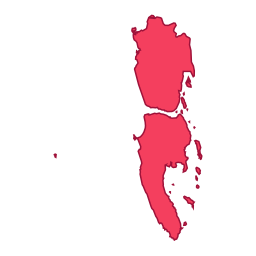 outline of Ko Lanta, Krabi, Thailand
{"feature_id": "78962969B16427813486063", "entity_name": "Ko Lanta", "entity_type": "district", "adm_level": 2, "iso_a3": "THA", "parent_name": "Thailand", "parent_adm1": "Krabi", "projection": "robinson", "projection_center": [99.092, 7.662], "detail": "fine", "context": "isolated", "style": "filled", "palette": "rose", "viewbox_px": 256, "rotation_deg": 0, "n_neighbors": 0, "source": "geoboundaries", "source_scale": "gbopen_adm2", "svg_char_len": 5985}
<svg xmlns="http://www.w3.org/2000/svg" viewBox="0 0 256 256"><path d="M156.9,17.0L155.0,18.4L148.7,17.8L147.2,21.7L147.7,23.5L146.5,28.6L142.7,30.8L141.4,30.2L139.2,31.8L138.3,31.7L136.8,33.3L137.3,31.9L136.6,31.9L136.1,32.4L135.6,34.6L133.8,34.2L133.2,34.8L133.5,37.8L134.2,39.8L136.0,41.2L137.0,42.7L138.0,47.3L138.7,48.4L139.6,48.5L140.4,50.1L138.9,50.5L139.0,51.8L138.7,52.7L137.9,53.9L136.9,54.5L136.3,56.2L135.8,56.7L135.6,59.2L137.0,59.9L137.9,62.6L137.9,63.3L136.3,65.5L135.6,67.3L134.8,68.1L134.6,69.2L138.6,84.5L145.5,104.4L147.1,105.8L149.5,106.6L150.7,107.7L152.8,107.5L155.6,107.8L157.3,107.4L158.7,109.1L160.0,109.0L161.9,109.9L164.5,110.1L164.7,110.8L166.4,111.0L167.2,111.6L171.9,111.5L173.8,110.7L176.3,108.4L179.1,102.2L179.8,98.1L179.8,97.5L179.3,97.2L179.5,95.7L180.0,94.8L179.2,93.2L178.7,90.6L180.8,91.1L181.3,89.4L181.6,85.4L181.3,82.7L181.7,82.5L182.5,79.9L183.3,76.1L182.8,74.4L183.3,71.4L190.6,71.4L193.2,76.6L193.8,75.9L194.2,75.9L194.3,70.8L193.4,66.1L191.4,62.0L190.9,50.5L189.5,44.8L190.1,39.0L189.5,38.0L186.4,36.4L184.9,33.8L184.1,33.4L183.2,33.5L180.8,35.6L178.6,36.0L177.1,37.0L176.1,36.9L175.7,36.0L176.3,33.6L174.1,31.8L173.6,30.7L174.3,28.2L176.1,25.4L175.2,23.3L173.8,23.0L168.4,25.4L165.0,25.3L163.3,23.7L161.5,18.3L160.4,17.7L156.9,17.0ZM160.8,113.9L159.3,113.1L156.5,113.7L154.6,113.3L149.7,114.9L148.4,114.8L148.2,114.6L148.6,114.0L148.2,113.9L144.8,114.9L144.1,116.8L145.2,122.1L145.5,125.7L145.3,128.0L144.1,131.7L142.7,134.3L140.4,136.9L136.9,138.2L135.3,136.9L133.5,134.4L134.2,136.0L133.8,138.6L134.3,138.7L134.9,139.8L135.3,139.3L135.0,138.6L135.6,138.2L137.9,139.1L140.7,146.5L140.5,149.0L139.9,149.5L139.3,149.4L138.2,151.2L141.4,161.1L141.8,163.4L140.4,167.2L140.7,169.0L140.5,169.6L140.0,169.7L140.4,172.0L140.1,174.1L142.3,184.7L143.3,186.3L145.7,192.2L147.1,194.2L151.1,206.6L151.9,208.5L153.4,210.0L155.8,216.2L157.2,218.4L158.6,222.4L159.7,223.7L160.7,222.9L161.8,223.4L163.1,226.2L163.4,228.2L164.3,228.0L164.7,228.4L164.8,229.8L166.0,229.3L167.2,230.5L167.2,231.4L169.1,231.9L170.3,235.0L169.8,236.6L170.9,236.8L171.6,237.8L172.9,237.9L173.2,238.8L174.2,239.2L174.4,240.6L174.8,239.4L176.6,239.1L177.8,236.7L178.2,233.8L179.0,233.6L180.1,232.0L179.8,231.2L180.5,230.1L180.2,228.8L180.8,228.0L180.5,223.7L178.5,218.3L176.8,215.8L176.7,213.4L175.5,211.1L175.8,210.6L175.7,209.5L174.7,208.5L174.7,207.9L173.8,207.7L173.7,206.7L172.6,206.1L172.6,205.3L173.2,204.4L173.0,203.7L171.6,202.1L170.3,201.5L170.1,200.2L168.9,198.7L168.5,197.1L168.8,196.4L167.6,195.9L165.3,193.2L163.1,185.5L163.3,184.9L162.9,180.0L163.7,178.2L163.1,177.9L163.2,175.4L165.4,169.8L165.2,165.1L166.1,164.7L165.9,165.0L166.6,165.7L169.4,166.8L170.9,164.2L170.8,162.2L171.7,162.5L171.4,165.0L171.6,165.9L172.2,166.9L173.3,167.5L175.9,167.1L176.5,165.5L175.6,163.8L176.2,162.7L178.1,162.3L181.4,162.8L182.1,164.0L183.7,164.4L184.2,165.4L184.2,167.7L183.3,169.8L183.6,170.1L183.3,172.0L185.6,171.0L187.3,168.1L185.8,162.1L186.1,160.7L186.8,160.2L187.5,158.9L187.9,158.8L188.0,158.2L187.7,157.4L186.5,157.4L185.5,156.2L185.0,154.7L185.2,153.3L184.9,152.8L185.4,152.0L184.6,151.7L184.2,149.6L185.1,148.9L184.7,147.5L185.3,147.3L187.0,145.2L189.2,144.0L190.1,140.9L190.7,140.5L190.3,138.6L190.8,135.5L190.0,133.6L189.9,131.8L188.8,130.8L186.9,126.8L186.9,125.0L185.5,121.7L183.7,119.2L183.4,117.9L180.5,114.3L179.8,114.2L178.2,115.1L178.0,116.0L176.3,117.9L171.9,118.2L170.1,117.7L170.2,116.4L169.7,117.5L166.4,115.3L163.2,114.2L160.8,113.9ZM195.9,140.4L194.8,140.9L195.7,142.3L195.7,143.2L196.3,143.5L196.1,143.9L196.6,144.3L197.4,149.0L198.1,150.8L198.4,150.9L197.9,151.8L198.4,152.5L198.4,153.5L198.0,154.1L198.5,154.3L198.1,155.0L198.4,155.2L200.1,153.1L199.8,150.5L200.7,147.5L198.8,141.6L195.9,140.4ZM187.7,197.9L184.6,196.3L183.9,196.7L184.0,197.8L187.5,201.0L187.5,201.7L188.3,203.1L190.3,203.3L192.2,204.7L192.3,206.8L192.7,206.8L193.2,207.8L193.3,205.6L192.9,204.1L194.2,202.1L193.4,201.9L192.6,200.6L191.4,200.2L188.9,197.6L187.7,197.9ZM185.0,108.2L186.1,106.6L186.2,105.7L185.4,104.1L185.4,103.1L184.7,102.4L184.0,99.6L182.5,97.5L182.0,97.4L181.5,98.5L182.2,102.9L183.0,103.5L184.1,107.9L185.0,108.2ZM199.1,168.6L196.8,167.4L196.0,168.1L196.6,171.1L199.1,174.3L200.2,173.2L199.9,172.2L200.3,170.7L199.1,168.6ZM191.0,87.1L191.0,86.0L190.4,84.4L187.6,81.6L186.5,83.5L187.1,85.9L188.5,86.7L191.0,87.1ZM135.7,28.2L135.1,27.7L134.6,28.2L132.4,28.4L131.9,30.2L132.1,31.3L135.5,30.5L135.9,29.9L135.7,28.2ZM201.7,155.7L200.1,153.3L200.0,154.1L200.3,154.6L199.4,155.1L199.7,156.2L199.1,156.7L199.5,157.3L199.3,157.9L200.0,157.7L200.5,159.2L201.3,158.8L201.2,157.8L201.7,157.0L201.7,155.7ZM154.9,17.6L153.3,15.7L151.7,15.4L149.5,17.0L151.5,17.7L154.9,17.6ZM190.3,81.9L190.2,80.9L188.4,77.3L188.0,78.5L188.2,80.3L189.4,81.6L190.3,81.9ZM185.6,225.1L186.4,224.0L185.6,222.2L184.4,222.6L183.8,225.3L185.6,225.1ZM198.0,188.1L198.7,187.6L198.9,186.7L198.5,185.9L197.3,185.1L196.7,185.6L196.5,187.0L197.0,187.8L198.0,188.1ZM197.1,180.2L197.4,178.6L195.9,175.6L196.0,178.6L196.4,179.8L197.1,180.2ZM133.8,33.9L135.3,33.7L135.4,32.7L134.9,31.7L134.0,31.3L133.4,33.3L133.8,33.9ZM55.1,154.1L54.3,154.8L55.0,155.5L55.0,156.8L55.8,157.3L56.1,154.5L55.1,154.1ZM137.3,53.3L137.9,52.8L137.7,51.7L136.7,50.9L136.5,52.8L137.3,53.3ZM182.3,113.2L182.0,110.5L181.5,110.3L181.1,111.2L181.3,112.7L182.3,113.2ZM183.8,94.9L184.2,94.4L184.0,93.0L183.3,93.8L183.8,94.9ZM187.0,82.1L187.3,81.4L187.1,80.6L186.3,82.2L187.0,82.1ZM176.6,112.4L176.8,112.1L176.7,111.5L176.1,112.0L176.6,112.4ZM182.4,228.1L181.6,228.0L181.8,228.7L182.4,228.1ZM173.6,184.9L173.4,184.3L172.7,184.5L173.1,184.9L173.6,184.9ZM194.3,127.0L194.0,127.2L194.3,128.0L194.8,127.5L194.3,127.0ZM186.3,84.5L186.4,82.9L186.1,83.5L186.3,84.5ZM170.3,191.8L169.7,191.8L169.6,192.0L170.3,192.6L170.3,191.8ZM133.0,32.5L133.2,32.0L133.2,31.6L132.7,32.0L133.0,32.5ZM187.3,110.0L187.6,109.2L187.2,109.0L187.0,109.5L187.3,110.0ZM189.5,121.5L189.0,121.8L189.5,122.2L189.5,121.5Z" fill="#f43f5e" stroke="#9f1239" stroke-width="1.5"/></svg>